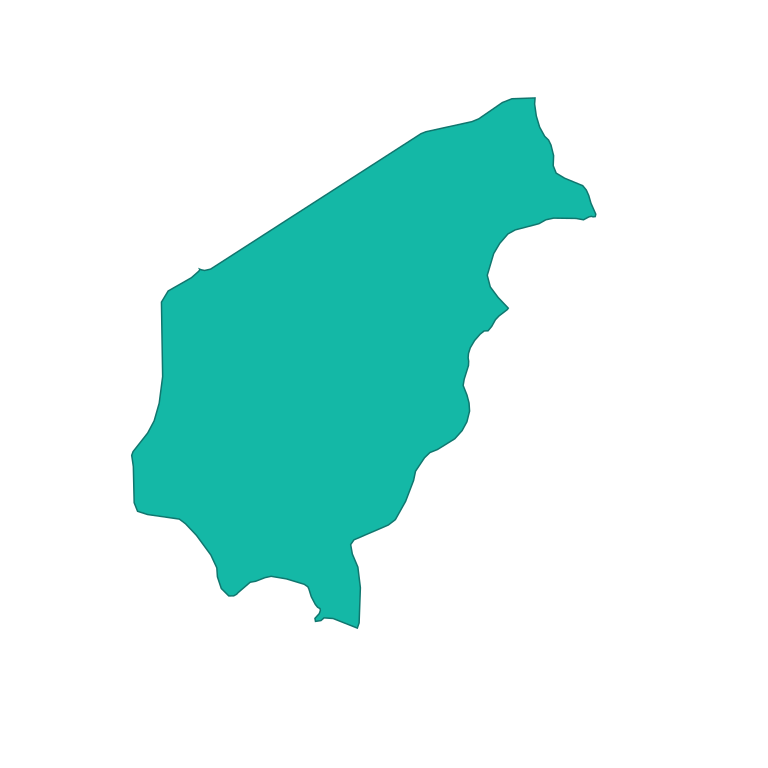 map outline of Semnan (Natural Earth projection), rotated 149°
{"feature_id": "IRN-3215", "entity_name": "Semnan", "entity_type": "Province", "adm_level": 1, "iso_a3": "IRN", "parent_name": "Iran", "parent_adm1": "", "projection": "natural_earth1", "projection_center": [54.411, 35.84], "detail": "fine", "context": "isolated", "style": "filled", "palette": "teal", "viewbox_px": 768, "rotation_deg": 149, "n_neighbors": 0, "source": "natural_earth", "source_scale": "10m", "svg_char_len": 1683}
<svg xmlns="http://www.w3.org/2000/svg" viewBox="0 0 768 768"><g transform="rotate(149 384 384)"><path d="M270.8,377.9L276.0,377.2L284.0,374.6L291.4,370.6L295.9,366.6L298.4,363.1L299.7,359.9L302.1,356.3L312.8,346.8L316.9,342.0L318.6,331.7L320.9,323.9L324.6,316.7L332.4,308.9L341.1,303.8L351.5,300.6L371.9,300.3L380.0,301.6L387.3,299.9L401.9,293.0L408.3,286.1L425.9,272.3L444.1,261.9L452.9,260.9L490.0,265.9L495.3,263.5L498.7,254.6L500.7,240.5L509.2,221.5L528.4,192.0L532.6,188.5L548.4,209.2L555.8,214.4L559.9,213.7L565.0,215.8L563.9,218.7L557.8,220.5L555.2,222.6L554.5,224.5L555.2,225.6L555.9,226.9L556.4,230.4L555.9,239.1L554.0,246.8L553.7,249.4L555.6,253.5L568.0,267.2L579.8,277.3L585.7,279.3L595.6,281.0L600.8,283.0L616.6,280.3L618.6,279.7L621.9,279.8L626.2,282.3L628.8,292.5L626.1,304.5L622.0,312.5L620.5,326.6L622.7,350.8L626.1,366.4L629.0,373.6L653.9,393.9L660.8,401.8L659.3,410.9L641.4,442.3L637.0,452.8L633.9,455.3L611.8,463.7L600.0,470.8L586.6,483.3L569.9,504.4L532.6,568.8L521.1,574.9L494.3,574.3L484.6,576.1L482.8,577.0L482.8,577.3L481.8,576.0L479.3,573.7L473.5,571.8L223.4,579.5L218.0,578.6L173.5,563.6L166.3,562.5L137.6,564.3L127.4,562.6L107.2,551.4L110.7,546.4L115.4,535.3L118.3,524.0L118.7,513.5L117.3,508.3L117.8,502.8L121.0,492.4L126.5,484.0L127.8,476.1L123.2,467.4L111.5,451.6L110.7,446.1L111.4,440.2L113.5,432.4L115.0,420.5L116.7,418.7L118.7,419.6L119.9,420.9L122.2,421.7L128.4,422.0L134.1,427.0L153.1,438.8L160.7,441.4L168.6,441.6L192.1,448.5L200.5,448.8L212.4,444.9L222.8,439.3L239.5,424.0L242.9,412.5L241.6,399.4L238.4,385.0L239.9,384.3L250.4,383.1L255.4,381.7L262.0,377.9L267.4,376.0L270.8,377.9Z" fill="#14b8a6" stroke="#0f766e" stroke-width="1.5"/></g></svg>